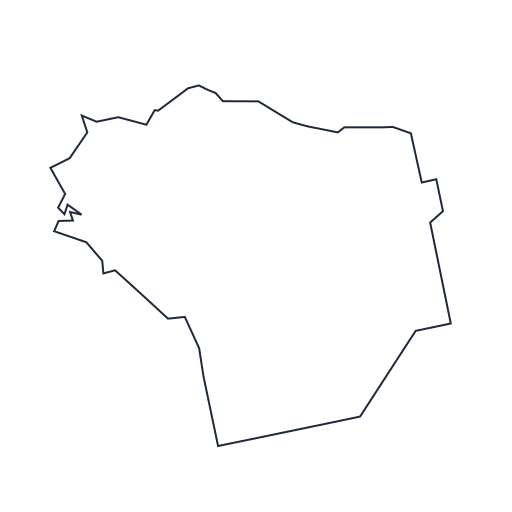 the district of Ouachita, Louisiana, United States of America, rotated 258°
{"feature_id": "52423323B30990812518613", "entity_name": "Ouachita", "entity_type": "district", "adm_level": 2, "iso_a3": "USA", "parent_name": "United States of America", "parent_adm1": "Louisiana", "projection": "orthographic", "projection_center": [-92.094, 32.491], "detail": "fine", "context": "isolated", "style": "outline", "palette": "slate", "viewbox_px": 512, "rotation_deg": 258, "n_neighbors": 0, "source": "geoboundaries", "source_scale": "gbopen_adm2", "svg_char_len": 785}
<svg xmlns="http://www.w3.org/2000/svg" viewBox="0 0 512 512"><g transform="rotate(258 256 256)"><path d="M149.5,432.5L252.5,433.3L261.0,448.2L293.6,448.3L293.4,433.4L343.8,433.0L353.8,416.6L355.5,406.7L363.5,369.1L359.9,361.7L372.3,332.9L379.2,319.7L406.8,290.4L414.3,255.8L423.8,250.4L428.5,243.4L434.7,235.6L434.2,224.5L418.5,190.4L419.7,187.2L407.2,176.1L420.4,150.1L420.5,128.0L429.6,114.8L412.0,116.7L390.4,94.1L385.0,73.2L356.4,82.2L344.4,72.5L336.7,77.3L345.4,82.4L332.7,94.0L337.7,83.3L328.7,84.3L331.3,70.2L322.2,63.7L304.7,92.9L283.3,104.6L270.7,103.1L271.3,115.2L239.5,138.1L213.0,156.9L211.2,173.7L177.6,181.2L149.3,179.6L78.0,179.4L78.0,185.5L77.6,251.8L77.5,271.7L77.3,324.4L142.3,389.3L149.6,396.7L149.5,432.5Z" fill="none" stroke="#1e293b" stroke-width="2"/></g></svg>